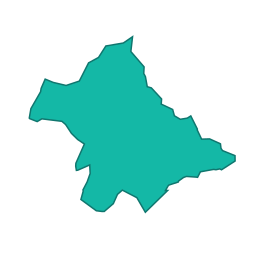 Ikot Abasi, Akwa Ibom, Nigeria, rotated 65°
{"feature_id": "59680162B30032590265448", "entity_name": "Ikot Abasi", "entity_type": "district", "adm_level": 2, "iso_a3": "NGA", "parent_name": "Nigeria", "parent_adm1": "Akwa Ibom", "projection": "albers", "projection_center": [7.634, 4.614], "detail": "fine", "context": "isolated", "style": "filled", "palette": "teal", "viewbox_px": 256, "rotation_deg": 65, "n_neighbors": 0, "source": "geoboundaries", "source_scale": "gbopen_adm2", "svg_char_len": 1072}
<svg xmlns="http://www.w3.org/2000/svg" viewBox="0 0 256 256"><g transform="rotate(65 128 128)"><path d="M193.6,184.8L190.3,173.2L183.7,165.6L181.9,159.4L194.9,149.4L211.7,147.9L201.4,118.5L200.5,120.5L197.4,116.1L197.0,115.1L198.2,105.2L197.4,104.5L196.3,98.5L196.6,95.5L201.4,86.8L202.1,85.8L198.3,80.9L201.7,67.9L203.0,65.9L203.8,62.2L205.4,60.9L203.2,44.9L198.3,42.7L188.4,51.9L185.7,52.3L181.4,50.9L172.4,58.6L169.2,66.0L159.0,66.1L158.3,65.6L143.6,66.0L144.1,70.1L142.2,76.9L136.5,80.8L130.1,79.7L120.4,87.8L115.9,85.3L101.5,89.9L98.7,93.1L88.8,90.5L85.3,90.7L79.4,87.6L59.9,93.1L47.2,85.3L49.0,96.3L44.3,113.4L51.6,124.9L52.3,136.2L64.9,152.3L63.3,166.1L55.1,176.5L48.7,182.4L55.4,190.0L58.2,191.9L61.4,196.4L69.4,207.8L77.3,213.3L77.9,213.2L83.8,207.6L83.3,202.2L94.0,185.1L98.4,183.1L99.6,182.9L109.1,181.5L116.8,178.6L117.1,178.5L124.1,174.3L137.9,190.1L140.4,191.5L144.6,192.7L145.0,191.3L145.3,178.3L153.2,181.5L159.6,187.8L165.1,195.0L166.2,195.2L172.9,200.9L189.6,191.7L192.7,186.8L193.6,184.8Z" fill="#14b8a6" stroke="#0f766e" stroke-width="1.5"/></g></svg>